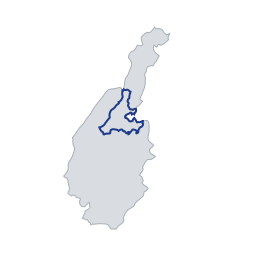 Salzburg highlighted on a map of Austria, rotated 117°
{"feature_id": "AUT-2327", "entity_name": "Salzburg", "entity_type": "State", "adm_level": 1, "iso_a3": "AUT", "parent_name": "Austria", "parent_adm1": "", "projection": "equal_earth", "projection_center": [12.999, 47.494], "detail": "fine", "context": "in_parent", "style": "outline", "palette": "blue", "viewbox_px": 256, "rotation_deg": 117, "n_neighbors": 0, "source": "natural_earth", "source_scale": "10m", "svg_char_len": 6535}
<svg xmlns="http://www.w3.org/2000/svg" viewBox="0 0 256 256"><g transform="rotate(117 128 128)"><path d="M24.7,142.7L27.0,138.4L27.5,135.8L25.6,134.3L24.8,133.8L25.4,133.5L28.2,133.7L30.0,132.9L30.9,132.0L33.3,132.8L36.9,134.5L38.6,135.6L39.3,136.4L39.6,137.1L39.4,138.4L40.2,138.9L41.9,139.0L43.0,139.4L42.6,141.0L42.5,142.4L44.1,142.2L46.1,141.2L47.6,139.3L48.6,137.6L49.4,133.2L49.6,132.9L50.8,133.2L55.6,133.0L57.8,133.8L61.4,133.9L61.3,134.6L61.9,135.7L63.5,137.2L64.3,138.2L65.9,138.4L68.5,137.8L70.0,137.3L70.5,137.7L72.9,137.3L75.0,136.0L75.5,135.1L77.6,134.4L80.4,132.9L84.3,131.7L97.0,130.5L97.5,129.5L97.4,127.4L97.7,127.0L99.3,127.6L101.9,128.1L103.8,128.9L105.1,129.9L106.3,129.9L108.1,129.2L110.6,128.7L112.9,129.8L113.6,130.9L113.2,131.5L113.2,132.4L114.0,133.2L115.8,134.4L118.3,135.5L119.5,135.4L120.0,134.4L120.4,131.9L120.6,129.2L120.0,127.7L118.7,127.3L117.2,127.2L116.4,126.9L116.7,126.1L117.9,123.9L117.9,121.0L115.1,117.8L112.6,114.6L112.7,113.5L114.1,111.7L116.4,110.2L121.4,107.7L122.9,107.2L124.9,106.8L127.8,105.8L129.2,104.7L130.2,103.6L131.5,97.7L131.8,97.5L132.2,97.1L137.3,99.1L137.8,98.8L138.6,98.5L140.3,96.9L140.6,95.7L140.6,93.5L140.7,91.4L141.0,90.7L141.8,91.0L144.0,92.1L145.7,93.3L147.4,96.4L151.2,97.2L156.0,97.3L157.7,95.9L159.2,95.6L161.0,96.0L164.7,96.5L165.1,94.0L167.2,91.4L168.1,90.5L170.8,90.6L171.5,88.6L172.1,83.3L172.6,82.7L174.6,82.8L176.6,83.8L177.2,84.6L178.2,84.5L179.6,84.0L181.2,83.6L183.7,84.2L189.0,86.6L191.7,87.5L193.4,87.3L195.1,87.4L201.4,91.1L205.7,91.7L209.7,91.7L211.0,90.6L212.6,89.6L214.4,89.7L216.0,90.2L219.0,91.9L220.4,92.3L222.3,92.5L223.6,92.9L224.9,95.8L225.6,96.5L225.5,96.9L225.4,98.2L224.4,99.8L223.3,102.0L223.4,103.8L226.4,110.4L229.1,114.4L229.6,115.9L231.3,117.0L229.8,118.5L229.5,120.7L228.5,121.7L228.3,122.9L228.8,124.0L228.8,125.5L229.4,127.4L226.9,127.8L223.9,127.8L222.8,127.9L221.8,128.4L220.8,128.2L218.0,126.3L216.5,125.9L215.4,126.0L214.6,126.8L213.2,127.8L211.9,128.6L212.2,129.2L217.9,130.9L219.0,133.4L217.9,135.5L217.6,136.5L216.3,137.3L214.7,138.0L212.7,138.2L212.5,139.3L213.3,142.6L212.7,143.3L212.1,144.3L212.8,147.0L214.0,147.2L214.3,147.9L214.1,149.0L213.9,150.1L213.5,151.4L213.3,151.9L212.5,152.3L210.0,152.1L207.8,153.1L203.5,157.0L202.0,157.6L200.4,159.1L200.6,162.5L200.3,162.8L200.0,163.5L194.7,162.3L191.1,162.8L188.7,164.3L185.8,165.2L179.7,164.7L173.8,165.3L172.4,165.8L170.9,166.0L169.5,166.9L168.7,168.2L167.2,169.8L165.1,171.1L162.9,172.0L162.3,172.8L161.6,173.3L160.3,172.7L159.3,172.7L158.0,172.3L153.8,171.9L149.2,171.1L147.0,170.4L144.6,169.8L141.9,169.4L139.5,169.3L138.3,169.1L132.5,167.8L128.8,167.7L123.8,167.2L113.8,165.3L110.9,164.6L108.2,164.3L104.9,163.7L102.4,162.6L100.8,160.6L99.2,157.9L96.1,154.4L95.4,152.7L96.4,151.2L97.4,150.0L97.3,149.5L96.5,149.3L91.1,150.8L85.8,152.7L83.7,152.7L81.7,152.3L79.0,152.3L76.4,152.8L71.3,153.0L68.2,154.4L66.3,157.1L65.2,159.3L64.3,160.0L62.5,160.3L59.9,160.1L58.0,159.4L56.1,157.6L53.1,157.3L50.3,157.3L49.6,156.9L49.7,155.7L48.6,153.4L46.9,152.7L42.2,157.0L40.9,157.4L37.2,156.2L34.0,154.4L33.7,153.0L33.1,151.9L30.4,150.9L27.0,150.1L26.0,150.1L26.4,149.5L26.8,148.4L26.6,147.5L25.8,146.6L25.4,145.7L25.3,144.7L25.0,144.0L24.9,143.2L24.7,142.7Z" fill="#d9dde1" stroke="#a8b0b8" stroke-width="1"/><path d="M97.4,149.8L97.5,149.4L96.8,149.2L95.5,149.4L95.5,149.2L95.5,147.9L95.4,147.6L95.2,147.1L95.0,146.9L94.5,146.6L94.3,146.3L94.2,146.0L94.1,145.6L94.1,145.0L94.2,144.4L94.6,143.1L94.5,142.3L95.3,142.0L95.7,141.9L96.5,142.0L99.6,141.0L100.5,140.5L100.9,140.4L101.2,140.5L101.9,140.8L102.2,140.9L102.6,140.9L103.5,140.8L104.0,140.6L104.4,140.5L104.7,140.2L105.0,139.8L105.2,139.2L105.4,138.8L105.6,138.7L105.8,138.6L106.1,138.5L107.4,138.4L107.7,138.3L108.0,138.1L108.2,137.9L108.5,137.7L109.2,136.4L109.5,136.0L110.0,135.4L110.2,135.1L110.4,134.8L110.4,134.7L109.8,133.3L109.7,132.9L109.7,132.6L109.8,132.3L109.8,132.2L109.5,131.8L108.5,131.2L108.0,130.8L107.3,129.7L108.2,129.0L108.8,128.7L109.7,128.5L110.7,128.5L112.2,128.9L112.7,128.8L112.4,129.4L112.8,129.9L113.5,130.3L114.1,130.7L113.3,131.1L113.0,131.9L113.1,132.7L113.8,133.2L114.2,133.3L114.5,133.4L114.7,133.5L115.9,134.7L117.3,135.6L117.6,135.7L117.8,135.6L118.0,135.5L118.3,135.5L118.6,135.6L118.7,135.8L118.9,135.9L119.2,135.8L119.4,135.7L120.2,134.9L120.1,134.6L120.1,134.4L120.0,134.2L119.9,134.0L119.9,133.8L119.9,133.2L120.0,133.1L120.2,132.5L120.3,132.5L120.2,132.5L120.2,131.7L120.7,131.2L121.0,130.5L121.1,130.4L121.2,130.0L121.2,129.5L121.1,129.1L120.9,128.6L120.3,127.8L120.0,127.4L119.7,127.2L119.3,127.2L118.6,127.4L118.2,127.5L116.7,127.2L116.2,126.9L116.7,126.2L116.9,125.9L116.9,125.7L117.0,125.3L117.2,125.0L118.9,122.6L118.8,122.4L118.2,121.7L117.3,119.9L116.8,119.5L116.6,119.4L116.1,118.9L115.4,118.5L115.2,118.3L115.0,117.9L115.6,117.7L116.8,117.4L117.2,117.2L117.4,116.5L117.8,116.3L118.3,116.1L119.4,116.1L120.1,116.2L120.8,116.5L121.6,117.2L121.7,117.3L121.8,117.4L122.9,117.7L123.9,117.8L125.5,117.6L127.3,116.9L128.2,117.4L128.4,117.5L128.7,117.7L128.9,117.9L128.9,118.2L128.6,118.4L128.3,118.5L127.9,118.5L127.1,118.3L126.9,118.3L126.7,118.6L126.6,118.9L126.5,119.3L126.5,120.3L126.5,120.7L126.6,121.2L126.9,122.5L127.0,122.8L127.3,123.1L127.7,123.3L132.6,124.3L133.3,124.8L132.9,125.1L132.5,125.2L131.4,125.2L131.2,125.4L131.2,125.5L131.3,125.8L131.6,126.0L131.8,126.2L132.4,126.4L133.0,126.4L133.3,126.8L133.4,127.1L132.4,129.7L132.9,130.4L132.9,130.7L132.9,131.1L132.7,131.3L132.3,131.9L132.1,132.4L132.2,132.9L132.4,133.4L133.4,134.3L134.9,135.1L134.7,135.6L134.5,136.3L134.5,136.6L134.8,137.8L135.6,140.2L136.3,141.4L137.2,142.1L137.6,142.4L138.0,142.5L138.4,142.4L138.8,142.2L139.2,142.0L140.0,141.9L140.4,141.7L140.8,141.6L141.2,141.8L141.6,142.6L142.2,143.4L142.4,143.7L142.4,144.0L142.6,144.4L142.8,144.7L143.7,145.7L144.5,146.2L144.7,146.5L144.7,146.9L144.1,147.5L143.3,148.1L143.1,148.5L143.1,148.9L143.1,149.6L143.0,150.0L142.7,150.7L141.5,152.6L140.5,153.8L139.7,152.8L137.3,151.2L136.4,150.8L135.7,150.6L134.4,150.5L131.7,150.0L131.1,150.0L128.6,149.4L127.5,149.1L127.0,149.1L126.6,149.2L125.9,149.8L125.3,150.2L123.9,150.8L122.8,151.0L120.8,151.2L119.9,151.1L119.4,150.9L119.0,150.7L116.8,149.5L115.5,149.1L114.6,149.0L112.9,148.7L111.7,148.1L110.6,147.5L110.3,147.4L110.0,147.4L109.9,147.4L109.8,147.5L109.7,147.7L109.7,147.8L109.5,148.0L109.2,148.2L108.1,147.3L107.6,147.1L107.1,147.0L106.4,146.9L105.6,146.7L104.9,146.7L103.9,146.8L103.3,146.8L102.7,146.9L102.3,147.1L100.6,148.5L98.2,149.5L97.4,149.8Z" fill="none" stroke="#1e3a8a" stroke-width="2"/></g></svg>